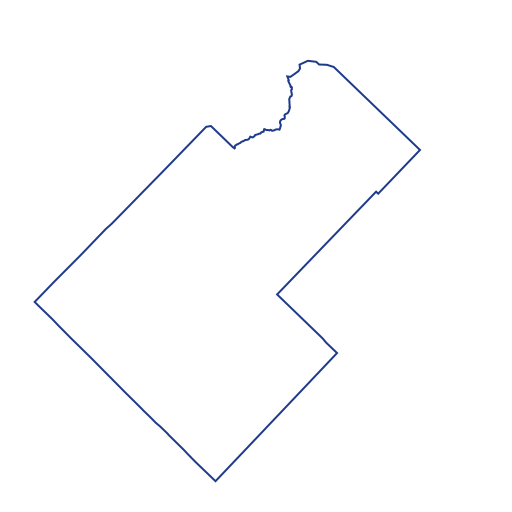 Klamath, Oregon, United States of America, rotated 44°
{"feature_id": "52423323B65304648918135", "entity_name": "Klamath", "entity_type": "district", "adm_level": 2, "iso_a3": "USA", "parent_name": "United States of America", "parent_adm1": "Oregon", "projection": "equal_earth", "projection_center": [-121.946, 42.805], "detail": "fine", "context": "isolated", "style": "outline", "palette": "blue", "viewbox_px": 512, "rotation_deg": 44, "n_neighbors": 0, "source": "geoboundaries", "source_scale": "gbopen_adm2", "svg_char_len": 2423}
<svg xmlns="http://www.w3.org/2000/svg" viewBox="0 0 512 512"><g transform="rotate(44 256 256)"><path d="M300.3,65.8L180.7,66.0L174.2,69.2L168.4,74.4L164.4,74.5L157.7,79.6L154.4,88.1L157.4,90.5L158.1,93.6L156.3,103.3L153.8,105.1L157.5,106.8L157.5,107.1L157.4,107.4L157.9,107.8L158.5,108.0L160.2,108.7L162.1,109.3L162.9,109.8L162.9,110.0L163.2,110.2L163.6,110.3L164.1,109.7L164.8,109.9L165.2,110.5L166.0,111.1L165.9,111.7L166.4,112.6L168.0,113.8L168.8,114.3L169.5,114.7L170.1,115.6L170.4,116.1L170.4,116.7L169.9,117.5L170.5,119.0L171.0,120.2L171.5,120.6L173.0,121.9L174.1,123.0L175.1,123.8L175.6,124.4L176.3,125.3L176.6,125.1L177.3,125.7L178.5,128.0L179.0,129.0L179.3,130.1L179.5,131.2L178.9,132.9L178.5,134.2L178.9,135.3L180.1,135.9L180.9,136.9L181.1,137.6L180.7,138.2L180.0,138.9L179.6,140.1L179.5,141.2L179.7,142.1L180.4,143.3L183.0,144.6L184.0,146.4L184.7,147.7L185.1,148.8L184.2,149.3L183.0,150.4L182.4,151.2L182.1,152.1L181.7,153.2L181.1,154.0L180.8,154.5L180.2,154.9L179.7,154.8L178.8,155.1L178.5,155.8L178.4,156.3L177.9,156.6L176.8,157.3L176.2,158.0L175.1,158.5L174.6,158.7L174.2,158.7L173.8,159.0L174.0,159.4L174.7,160.7L175.1,161.3L174.6,162.0L174.4,162.4L173.9,163.2L173.9,163.7L174.0,163.9L174.0,164.2L174.1,164.5L174.0,165.1L173.2,165.9L172.9,166.9L172.3,168.0L171.7,168.8L171.4,169.6L171.3,170.0L171.7,170.8L171.6,171.3L171.4,172.1L171.3,172.9L170.9,173.2L170.2,173.6L169.7,173.8L169.2,174.0L169.3,174.2L169.1,174.7L169.2,175.0L169.3,175.3L169.4,175.6L169.6,176.7L169.5,177.5L169.0,178.5L168.0,179.6L167.5,180.4L167.5,180.9L167.3,181.5L167.2,182.1L166.6,182.9L166.2,184.3L166.1,185.7L165.6,186.9L165.3,187.6L165.3,188.4L164.7,189.0L164.6,190.1L164.3,191.1L164.8,192.4L165.7,192.8L166.2,193.3L166.7,193.3L164.1,193.8L151.0,193.8L143.7,193.8L137.5,193.8L133.3,193.8L130.4,197.7L130.4,201.9L130.4,208.1L130.4,210.4L130.3,257.8L129.8,332.9L129.2,340.9L129.2,351.5L129.3,376.6L128.7,414.7L128.7,442.8L133.9,442.9L151.9,442.9L152.1,442.9L152.7,442.9L153.0,442.9L162.6,443.3L181.0,443.7L208.7,443.9L233.7,444.5L234.3,444.5L237.2,444.5L239.7,444.6L256.7,445.0L267.7,445.1L280.8,445.3L282.2,445.4L283.1,445.4L293.7,445.4L296.6,445.5L300.1,445.6L301.0,445.5L305.6,445.2L316.3,445.2L316.9,445.4L338.8,445.6L344.5,445.9L355.3,446.2L383.3,446.1L382.6,365.2L382.6,364.8L382.3,330.8L381.7,269.5L366.5,269.6L361.3,269.0L297.9,269.0L297.7,126.3L300.6,126.3L300.3,65.8Z" fill="none" stroke="#1e3a8a" stroke-width="2"/></g></svg>